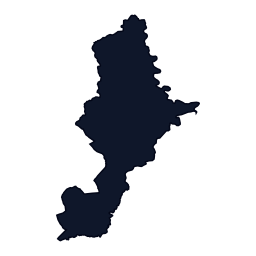 the district of San Sebastián Tlacotepec, Puebla, Mexico
{"feature_id": "50627088B11534934741350", "entity_name": "San Sebastián Tlacotepec", "entity_type": "district", "adm_level": 2, "iso_a3": "MEX", "parent_name": "Mexico", "parent_adm1": "Puebla", "projection": "albers", "projection_center": [-96.826, 18.377], "detail": "fine", "context": "isolated", "style": "filled", "palette": "ink", "viewbox_px": 256, "rotation_deg": 0, "n_neighbors": 0, "source": "geoboundaries", "source_scale": "gbopen_adm2", "svg_char_len": 5760}
<svg xmlns="http://www.w3.org/2000/svg" viewBox="0 0 256 256"><path d="M91.5,236.2L92.1,236.3L92.3,236.7L94.2,237.0L95.2,236.5L95.8,236.6L96.6,236.3L97.5,236.3L97.9,235.6L98.7,235.3L99.8,236.8L100.3,236.9L101.6,234.6L102.6,233.6L105.2,233.3L106.8,232.4L107.1,231.4L106.6,230.0L106.6,229.2L107.4,228.0L108.2,227.4L108.7,226.7L108.6,226.4L108.0,226.1L107.9,225.6L108.4,225.1L110.2,224.7L110.4,224.3L109.9,222.2L110.3,220.0L109.7,218.9L109.5,217.8L110.6,217.3L112.6,215.7L112.5,215.3L111.2,214.5L109.5,213.7L109.1,213.0L110.1,212.1L111.4,212.0L112.8,212.7L113.6,212.3L114.4,210.8L114.3,209.3L116.1,209.1L116.9,207.6L117.0,205.7L118.5,205.4L118.6,204.3L119.1,204.0L119.7,202.6L120.1,200.2L119.9,199.3L120.0,198.8L120.5,198.3L121.0,196.2L122.1,194.6L122.0,193.8L122.5,192.7L124.4,191.3L124.9,190.3L125.7,189.6L126.1,189.4L126.7,189.9L127.4,190.0L128.3,189.1L128.6,189.1L128.8,186.6L128.4,185.9L128.2,184.8L126.7,183.0L125.9,182.6L125.0,181.6L125.1,180.1L125.9,178.2L125.9,177.5L125.1,175.0L125.2,173.7L125.7,172.7L127.7,171.1L132.0,169.9L133.2,168.6L133.5,167.6L133.9,166.8L134.7,166.3L137.6,165.8L141.1,166.4L141.8,166.3L143.5,165.2L145.9,164.1L146.1,163.6L145.4,162.4L145.5,161.8L148.9,160.8L152.4,160.5L154.0,159.1L154.4,155.8L154.3,154.0L155.2,152.6L155.1,151.8L154.1,149.2L152.6,146.9L153.0,146.6L153.6,145.3L155.0,143.7L156.1,143.0L156.4,139.8L156.9,138.9L157.4,138.3L159.8,138.0L166.3,130.8L168.4,130.7L169.7,129.7L169.4,126.5L169.6,125.3L169.9,125.1L170.0,123.5L170.3,123.1L171.4,123.1L172.0,123.7L172.7,123.9L174.7,124.0L175.7,124.5L176.9,125.5L178.5,125.5L180.1,124.4L180.2,123.2L179.3,118.9L178.6,117.4L177.9,117.3L176.8,117.8L176.2,117.7L176.0,117.2L176.0,116.6L176.5,115.9L177.0,115.5L177.5,115.3L181.6,114.6L188.0,112.1L190.8,111.8L193.2,111.1L194.8,111.2L195.3,111.5L196.1,112.2L196.2,113.0L196.6,112.3L196.6,111.8L196.2,111.3L194.3,110.1L194.1,109.2L194.2,108.5L195.2,107.3L197.3,106.1L198.1,105.3L199.2,103.7L199.1,103.1L198.3,102.6L196.3,102.3L191.0,102.8L189.0,103.9L184.9,103.8L182.5,102.3L178.9,100.6L177.2,100.2L175.7,100.8L175.0,102.9L174.3,103.3L173.1,103.0L172.6,101.8L171.4,100.3L167.5,99.5L167.0,98.1L167.9,96.4L168.1,95.7L167.8,95.2L167.1,94.4L164.5,92.4L164.1,91.2L164.6,90.6L165.1,90.3L168.0,90.9L168.7,90.7L169.8,89.9L170.3,89.3L170.0,88.0L168.0,86.6L164.4,86.2L163.3,86.7L162.1,88.5L160.6,88.6L156.4,86.3L156.1,85.9L156.2,85.2L158.0,84.4L158.7,83.9L159.1,83.0L159.0,82.1L158.8,81.6L157.5,80.3L155.6,79.2L154.1,77.9L153.4,76.9L153.4,76.4L153.5,74.2L154.1,73.6L155.0,73.2L157.5,73.1L159.9,72.6L160.6,71.1L159.8,69.7L157.4,68.8L154.5,67.0L153.5,66.1L152.5,63.2L152.4,62.4L152.7,61.8L154.4,61.3L156.5,59.7L156.9,58.8L156.8,57.6L156.5,56.8L155.5,56.2L152.8,56.5L150.2,55.8L149.4,54.7L148.5,52.5L148.5,52.0L149.0,51.3L149.1,50.4L148.5,48.6L148.5,47.6L148.0,47.0L147.4,46.6L145.4,46.0L145.2,45.4L145.0,44.5L145.1,43.7L144.3,41.9L144.4,40.6L145.2,39.0L146.0,38.5L147.0,37.1L147.3,36.0L146.9,34.6L146.3,34.0L144.3,33.1L143.6,31.9L143.5,31.3L143.9,29.7L145.9,28.6L146.4,27.8L146.2,26.9L145.1,24.6L145.5,23.2L145.0,22.3L144.5,20.3L144.2,19.9L143.1,19.9L141.3,20.0L140.0,20.4L139.4,20.3L138.6,19.7L138.3,18.7L137.6,18.5L136.5,16.7L135.8,16.1L135.9,16.7L135.2,15.6L134.5,15.4L133.9,15.8L132.1,15.4L131.4,15.6L130.9,16.0L127.9,20.3L127.3,20.4L125.2,20.0L123.7,20.6L123.6,25.0L121.6,25.7L121.3,26.0L121.2,26.5L121.3,27.0L121.7,27.3L122.9,27.4L123.3,28.0L123.3,30.5L122.9,31.0L122.0,31.3L118.0,31.6L116.6,32.7L116.3,33.3L115.4,33.3L114.9,34.0L112.6,35.0L112.0,35.0L110.1,34.6L108.5,35.2L106.6,36.3L106.1,37.1L104.5,37.7L103.1,37.6L101.4,39.2L99.4,40.4L97.8,40.7L96.6,41.8L96.1,41.8L96.2,42.0L94.6,42.6L94.6,42.8L94.2,42.9L94.4,43.2L94.8,43.2L93.4,45.5L92.7,46.4L92.2,48.3L93.2,50.5L94.7,51.6L95.3,53.1L95.2,54.0L94.8,55.0L95.1,56.8L97.3,58.9L97.5,59.7L97.4,60.5L97.8,61.4L99.9,64.0L100.3,64.9L100.4,65.9L100.1,66.2L98.0,66.5L97.7,67.1L97.7,67.9L98.2,70.2L98.4,72.6L99.4,74.4L99.8,75.9L101.1,76.8L101.2,77.4L100.6,81.0L98.3,82.2L97.5,84.2L98.1,85.4L99.0,88.4L98.5,89.4L97.5,90.8L97.2,92.1L97.3,92.4L98.3,92.7L99.6,93.7L100.1,94.8L100.3,95.9L99.7,97.4L98.7,97.5L97.8,97.2L96.1,97.0L95.5,97.1L94.7,97.8L93.1,98.2L92.0,99.2L91.7,100.3L90.5,100.6L89.4,100.4L88.1,101.4L86.9,101.5L86.0,102.8L84.6,103.7L84.4,104.6L84.8,105.7L84.4,106.3L84.4,106.8L85.1,108.9L84.7,111.6L85.3,113.1L85.5,114.6L84.6,115.4L83.6,115.1L82.7,115.4L81.8,116.8L80.5,117.7L80.2,118.1L80.0,119.5L79.2,120.6L76.8,121.8L75.9,122.9L75.7,123.7L76.0,124.7L78.5,125.9L81.8,128.8L82.6,129.1L83.1,129.0L86.0,134.8L88.2,136.4L89.0,137.3L94.5,141.1L93.3,142.2L89.9,144.1L92.6,147.0L94.3,149.4L97.1,151.6L102.3,153.6L103.6,155.0L104.5,156.3L104.2,156.6L104.3,156.9L104.1,157.4L104.5,158.6L105.4,159.4L105.4,159.8L106.0,160.3L105.6,161.5L106.1,162.8L105.8,163.6L106.5,164.2L105.8,165.0L106.1,166.0L105.6,166.8L105.6,167.2L97.7,175.9L96.3,177.9L94.8,179.3L94.1,180.6L95.4,181.9L97.6,186.1L97.9,187.2L98.0,188.4L98.4,188.5L98.6,189.5L99.2,190.9L99.1,192.8L92.0,193.3L84.6,194.1L84.0,193.8L82.1,191.5L80.7,190.1L80.1,189.1L78.0,188.4L76.4,187.3L75.8,186.4L75.0,186.4L72.4,187.8L71.4,187.9L70.4,187.7L69.4,188.0L66.7,189.3L63.9,192.6L63.5,193.5L62.4,195.0L61.7,197.2L62.3,199.0L62.3,199.6L62.9,201.0L63.3,202.9L63.6,203.7L65.2,205.9L65.8,210.9L63.2,213.0L60.9,213.8L59.6,214.1L56.8,215.2L58.1,219.8L60.3,223.9L62.1,225.9L62.9,227.8L63.8,228.4L64.2,228.9L66.3,229.8L58.5,237.6L57.7,238.8L59.8,240.4L60.6,240.6L62.1,239.8L65.6,238.5L66.9,239.6L67.4,239.4L68.4,239.7L68.7,239.2L68.6,237.4L69.3,237.2L70.0,237.5L70.5,237.2L72.8,236.8L73.8,237.3L74.8,237.1L76.1,236.0L76.5,236.0L76.6,235.3L77.1,234.7L77.7,234.6L79.5,235.5L80.7,235.1L81.2,235.3L81.8,234.8L83.1,235.0L84.7,234.9L87.6,236.3L88.6,236.2L89.8,236.7L90.2,236.4L90.6,236.5L91.5,236.2Z" fill="#0f172a" stroke="#020617" stroke-width="1.5"/></svg>